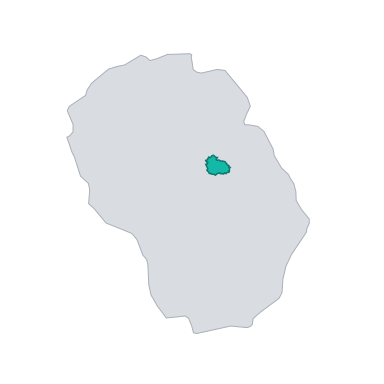 Zelenikovo, Zelenikovo, North Macedonia shown in context, rotated 74°
{"feature_id": "65306769B35230400843522", "entity_name": "Zelenikovo", "entity_type": "district", "adm_level": 2, "iso_a3": "MKD", "parent_name": "North Macedonia", "parent_adm1": "Zelenikovo", "projection": "robinson", "projection_center": [21.57, 41.832], "detail": "fine", "context": "in_parent", "style": "filled", "palette": "teal", "viewbox_px": 384, "rotation_deg": 74, "n_neighbors": 0, "source": "geoboundaries", "source_scale": "gbopen_adm2", "svg_char_len": 1879}
<svg xmlns="http://www.w3.org/2000/svg" viewBox="0 0 384 384"><g transform="rotate(74 192 192)"><path d="M173.3,102.2L179.7,102.9L193.4,99.4L201.9,94.4L206.3,93.7L212.1,91.8L220.4,92.1L228.9,94.2L239.6,91.4L250.1,86.8L254.4,87.9L259.0,91.8L262.0,92.9L279.6,113.7L289.2,122.1L300.5,128.5L313.5,133.2L318.2,137.6L326.5,159.7L330.5,168.1L336.0,170.6L337.3,173.0L337.6,176.2L331.5,191.8L329.3,226.6L327.7,229.4L321.2,229.2L312.6,230.0L309.4,232.6L306.0,251.4L292.2,256.7L279.7,259.8L269.1,259.1L250.4,254.6L244.3,254.2L239.1,256.7L222.5,258.0L215.2,261.3L198.1,283.2L180.8,290.8L174.8,294.6L161.6,289.7L155.2,289.2L146.0,294.8L125.9,295.4L120.4,296.4L104.9,297.2L104.3,294.2L101.4,289.8L94.2,287.7L79.4,289.5L75.8,286.3L69.8,267.7L65.0,264.7L59.7,258.5L50.8,238.3L50.7,229.4L51.3,221.7L46.4,203.5L49.5,199.0L54.1,196.1L54.2,188.8L53.0,177.7L58.5,155.9L60.0,154.4L61.4,155.4L74.7,157.1L78.1,154.4L80.3,150.1L81.1,134.2L84.2,126.8L116.3,112.8L125.6,112.3L132.9,118.7L138.6,122.9L142.0,122.7L143.2,118.6L147.1,110.6L153.7,106.1L173.1,102.2L173.3,102.2Z" fill="#d9dde1" stroke="#a8b0b8" stroke-width="1"/><path d="M181.6,159.7L182.0,159.8L182.4,159.3L182.8,157.7L183.4,156.6L182.7,155.5L183.7,154.2L183.2,153.8L182.9,152.7L183.2,151.3L182.4,151.0L182.8,150.7L182.5,150.4L179.7,149.5L178.9,148.6L178.3,149.8L177.8,149.8L178.0,149.3L177.4,149.7L176.9,149.3L175.2,150.8L174.4,150.8L173.8,151.3L172.1,151.7L170.5,154.3L170.5,155.6L169.0,156.9L168.5,157.9L168.6,158.9L167.8,159.7L167.1,159.6L165.8,158.1L165.3,159.6L162.6,161.2L162.6,162.9L164.0,164.7L163.1,166.3L163.7,166.5L164.0,167.5L164.5,167.6L165.4,168.6L165.4,170.2L166.0,170.2L166.6,169.4L168.6,169.6L168.5,169.1L169.2,169.6L169.5,170.5L169.3,171.1L174.0,170.4L175.2,171.7L178.1,170.3L178.9,170.3L179.2,169.1L180.1,168.6L180.9,166.2L182.3,164.9L181.1,162.0L181.6,159.7Z" fill="#14b8a6" stroke="#0f766e" stroke-width="1.5"/></g></svg>